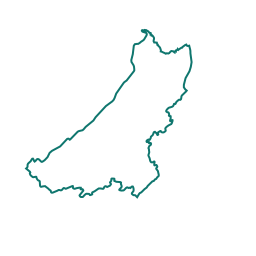 the Region of Brest, rotated 132°
{"feature_id": "BLR-2338", "entity_name": "Brest", "entity_type": "Region", "adm_level": 1, "iso_a3": "BLR", "parent_name": "Belarus", "parent_adm1": "", "projection": "robinson", "projection_center": [25.618, 52.455], "detail": "fine", "context": "isolated", "style": "outline", "palette": "teal", "viewbox_px": 256, "rotation_deg": 132, "n_neighbors": 0, "source": "natural_earth", "source_scale": "10m", "svg_char_len": 5808}
<svg xmlns="http://www.w3.org/2000/svg" viewBox="0 0 256 256"><g transform="rotate(132 128 128)"><path d="M141.7,159.3L126.5,159.1L118.7,157.5L116.6,157.5L114.5,158.1L110.3,159.8L97.4,161.4L96.4,161.4L93.6,160.8L82.1,161.6L81.1,161.8L80.1,162.7L78.4,164.6L77.7,165.8L76.6,169.6L75.3,171.0L70.0,173.8L63.0,178.7L61.2,179.0L59.9,178.0L58.6,176.7L56.8,176.2L55.6,176.1L52.4,175.3L51.3,175.3L46.8,176.2L46.2,176.5L45.7,176.8L45.2,177.6L45.1,178.1L46.6,181.4L46.7,181.9L46.5,182.8L46.1,183.0L45.6,182.7L45.5,181.9L44.1,181.4L43.5,180.5L44.2,180.5L43.2,179.1L42.8,178.3L42.6,177.5L42.9,175.9L42.8,175.3L42.3,174.9L42.3,174.5L43.0,174.3L43.6,173.7L43.1,173.0L43.0,172.7L43.6,172.3L43.5,172.0L43.0,171.3L43.3,169.9L43.7,168.9L44.5,168.2L45.5,167.7L46.4,167.0L46.9,165.7L46.0,164.8L45.3,163.7L45.9,163.2L46.1,161.9L46.6,161.7L46.6,161.4L46.3,161.3L46.6,160.6L46.7,158.8L47.0,157.7L47.9,156.1L48.5,155.3L49.2,154.9L48.7,153.9L48.1,151.7L47.7,151.0L47.7,150.3L47.5,149.6L46.5,149.2L45.7,147.9L44.8,147.5L42.7,147.5L41.8,147.3L40.5,145.3L40.7,145.1L40.8,144.4L40.7,143.9L39.9,144.5L39.1,144.0L39.0,143.7L38.3,144.3L37.9,144.2L37.5,143.9L36.9,143.7L36.2,143.9L36.4,143.3L36.4,142.9L35.5,142.8L32.6,142.0L32.0,141.5L31.3,141.7L28.0,141.0L27.0,140.5L27.4,139.5L27.2,138.7L26.7,138.1L25.9,137.6L28.1,134.3L29.0,133.2L30.8,131.5L36.5,124.8L40.6,122.2L44.7,120.3L52.4,118.6L58.5,115.4L60.4,113.7L61.0,111.2L60.9,109.4L61.8,109.3L67.9,109.7L68.8,109.4L70.2,108.4L71.2,107.9L71.6,107.9L72.1,108.0L72.7,108.9L73.6,109.2L76.1,109.5L78.3,108.9L78.7,109.1L78.9,109.7L79.1,109.8L79.3,109.9L80.2,109.5L81.3,109.2L81.8,109.2L82.4,109.3L84.4,110.4L85.0,110.9L86.0,111.3L87.2,111.4L88.3,111.4L89.4,111.2L89.9,110.9L90.1,110.6L90.1,110.2L90.0,109.3L89.4,108.5L89.4,108.1L90.2,106.6L91.4,105.9L91.5,105.5L91.4,105.1L90.7,104.3L90.7,104.2L92.2,102.8L94.2,101.8L94.5,101.5L94.6,101.3L94.5,100.9L94.4,100.8L92.6,100.5L92.5,100.3L92.4,100.2L92.8,99.7L95.0,98.7L96.1,98.5L98.9,99.6L101.3,100.1L102.9,100.1L103.6,99.8L104.4,98.6L104.8,98.2L105.2,98.1L105.5,98.1L107.2,98.5L107.9,99.0L108.5,99.9L108.7,100.7L108.4,101.7L108.7,102.0L110.6,102.6L111.2,102.7L111.7,102.5L112.2,101.7L112.6,101.2L113.2,101.2L113.4,101.3L113.5,101.5L113.4,101.7L112.8,103.4L112.7,103.8L113.0,104.5L112.8,105.4L113.0,105.6L113.3,105.8L113.9,105.9L114.2,105.9L114.9,105.5L116.7,104.9L117.3,104.9L118.5,105.1L119.2,105.1L120.3,104.4L121.9,104.0L122.3,104.0L122.5,104.7L122.6,104.8L123.1,105.2L124.6,105.6L125.2,105.5L125.7,105.1L125.8,104.6L125.6,104.3L124.8,104.0L124.5,103.7L124.4,103.1L124.5,102.9L125.1,102.6L125.2,102.4L125.2,102.2L124.3,101.6L124.1,101.2L124.0,100.8L124.2,100.5L124.4,100.2L125.0,99.9L125.4,99.8L126.2,100.0L127.1,100.1L129.0,99.5L129.5,99.0L129.5,98.7L129.7,98.3L130.6,97.4L131.6,96.2L132.1,95.8L134.5,94.7L134.9,94.2L136.0,91.7L137.5,89.6L137.9,88.5L137.9,87.8L137.4,87.1L136.8,86.6L135.6,86.3L135.4,86.2L135.3,85.8L135.6,85.4L137.3,84.3L137.9,83.8L138.0,83.3L137.8,83.0L136.8,82.4L136.5,82.1L136.5,81.9L136.8,80.9L137.2,80.3L137.5,80.2L138.8,80.1L139.4,79.8L139.5,79.4L139.9,77.3L140.1,76.8L141.4,75.0L141.9,74.2L142.7,73.4L143.0,73.2L143.4,73.1L145.1,73.3L146.9,73.0L147.4,73.2L148.0,73.5L148.4,73.6L149.5,73.4L150.3,73.5L151.0,74.0L151.5,74.2L157.9,74.6L158.9,74.4L159.9,74.3L162.3,74.8L166.2,75.0L167.4,75.2L168.6,75.7L169.8,75.6L173.3,74.9L173.1,77.5L173.4,78.0L174.1,78.8L174.3,79.3L174.4,80.7L174.3,81.1L174.0,81.4L173.5,81.6L171.4,81.7L170.6,82.1L169.6,83.0L168.8,84.1L168.4,84.9L168.3,85.3L168.7,85.8L169.2,86.0L170.0,86.1L170.8,86.0L171.1,86.1L171.4,87.0L172.3,87.6L172.5,88.6L172.8,89.0L173.7,89.3L176.8,89.4L177.4,89.6L178.9,91.0L179.7,92.4L179.8,92.8L179.8,93.1L179.6,93.2L179.0,93.3L177.1,93.2L176.5,93.2L175.8,93.5L175.1,94.3L174.3,95.9L174.1,96.1L173.4,96.5L173.2,96.7L173.3,97.4L173.7,98.0L175.7,100.6L175.9,101.0L176.1,101.9L176.5,102.6L176.3,103.0L175.0,103.9L174.9,104.1L174.9,104.3L175.0,104.6L176.4,106.2L176.8,106.3L177.1,106.2L177.9,105.5L178.5,105.1L180.4,105.0L180.6,104.7L180.9,103.5L181.1,103.1L182.7,102.8L183.1,102.9L184.4,103.5L185.6,103.9L185.8,104.1L185.9,104.5L186.1,105.5L186.5,105.9L187.1,106.1L187.8,106.1L189.2,105.7L189.5,105.7L189.8,105.8L190.1,106.1L191.2,107.8L192.4,109.2L192.9,109.4L197.5,110.5L199.6,111.4L199.9,111.4L200.3,111.2L201.1,110.3L201.6,110.3L203.2,111.2L203.3,111.4L203.3,111.7L203.0,112.3L203.1,112.9L204.6,114.8L204.9,115.0L205.3,115.2L206.9,115.4L209.3,115.4L209.8,115.7L210.8,116.9L210.9,117.1L210.9,118.0L210.6,118.8L210.2,119.0L204.5,119.3L204.2,119.6L203.9,120.5L204.0,121.0L204.9,121.6L205.1,122.0L205.1,122.3L204.9,122.4L204.0,123.1L204.3,123.5L204.9,124.2L206.9,125.8L208.8,126.9L209.0,127.2L209.4,128.1L209.4,128.6L209.0,129.2L208.2,129.9L208.1,130.2L208.8,130.7L214.7,133.5L215.0,133.9L215.1,134.7L215.4,135.3L215.7,135.6L216.0,135.7L218.4,135.7L218.9,135.9L219.3,136.2L220.0,137.5L220.5,138.1L221.8,138.5L226.4,140.7L227.0,141.3L227.2,141.6L227.2,142.1L227.0,142.5L226.4,143.4L226.3,143.8L226.5,145.1L226.4,146.7L226.7,150.7L227.0,151.0L228.5,152.3L229.6,153.0L230.0,153.5L230.0,154.0L229.8,154.6L229.4,155.1L226.7,157.9L226.6,158.5L227.0,159.7L227.0,160.4L226.8,161.4L226.4,162.4L225.7,163.4L225.7,163.6L226.3,164.2L228.0,165.5L228.2,165.9L228.3,166.8L228.3,168.5L228.2,169.1L227.8,170.0L227.3,170.7L226.5,170.8L226.1,171.7L226.3,176.6L224.7,176.5L223.8,176.9L222.6,178.0L221.5,178.4L220.6,178.4L217.8,178.1L216.0,178.5L215.0,178.6L214.4,178.2L214.6,177.2L215.3,175.9L215.4,174.9L214.1,174.7L212.9,174.8L212.0,174.7L211.3,174.2L210.9,173.0L211.0,171.5L211.1,170.2L210.8,169.3L209.5,168.8L207.6,168.4L203.5,168.3L198.9,169.6L195.8,169.2L187.1,166.1L176.9,165.9L176.3,165.6L175.7,165.0L175.6,164.4L175.7,163.9L175.7,163.5L175.2,163.3L164.4,162.9L163.1,162.4L160.1,160.3L158.7,160.1L155.5,160.2L145.6,158.7L141.7,159.3Z" fill="none" stroke="#0f766e" stroke-width="2"/></g></svg>